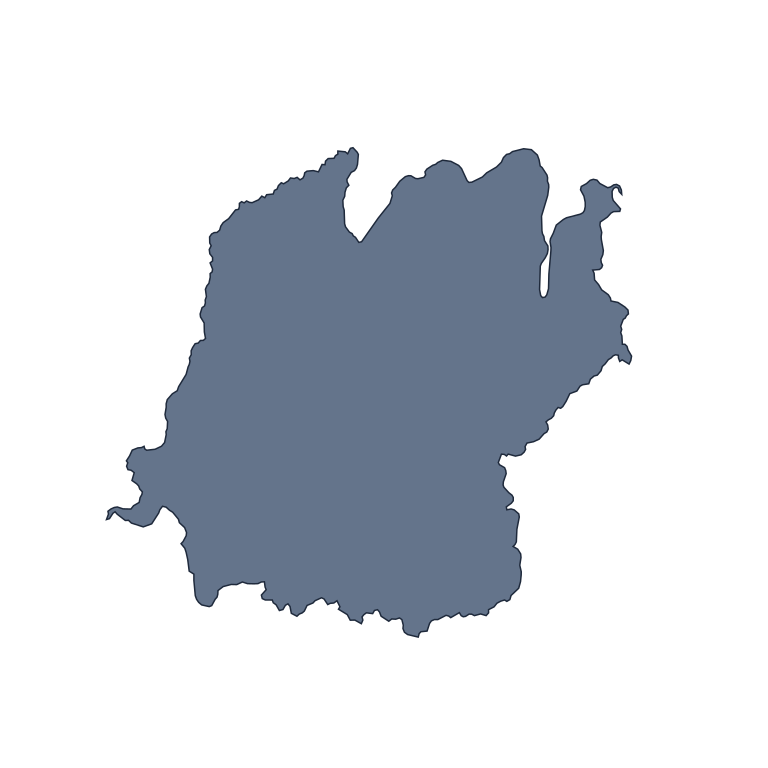 Itamarandiba, Minas Gerais, Brazil, rotated 23°
{"feature_id": "56859067B40667879331711", "entity_name": "Itamarandiba", "entity_type": "district", "adm_level": 2, "iso_a3": "BRA", "parent_name": "Brazil", "parent_adm1": "Minas Gerais", "projection": "natural_earth1", "projection_center": [-42.866, -17.848], "detail": "fine", "context": "isolated", "style": "filled", "palette": "slate", "viewbox_px": 768, "rotation_deg": 23, "n_neighbors": 0, "source": "geoboundaries", "source_scale": "gbopen_adm2", "svg_char_len": 6170}
<svg xmlns="http://www.w3.org/2000/svg" viewBox="0 0 768 768"><g transform="rotate(23 384 384)"><path d="M592.2,271.1L593.8,268.7L601.8,269.9L602.0,266.0L601.0,261.6L595.3,257.3L593.0,254.4L590.2,253.3L587.9,254.3L584.2,246.8L581.8,244.2L581.5,240.9L579.3,238.3L579.0,231.0L580.3,229.1L580.5,226.4L581.6,224.0L579.7,220.6L575.7,219.0L567.5,217.5L560.5,218.9L558.8,216.4L555.6,214.2L547.6,212.3L542.6,208.6L537.2,205.9L534.1,199.9L531.6,197.6L537.6,194.4L538.9,191.9L538.8,189.3L536.6,187.4L534.9,184.5L534.9,179.4L533.8,175.5L527.7,166.2L526.3,163.5L525.2,159.4L520.7,153.5L519.8,150.4L524.4,143.1L526.2,137.9L528.0,135.6L533.6,133.0L533.3,130.4L523.3,125.5L521.2,123.0L518.7,117.6L518.9,114.3L520.6,112.2L523.1,112.2L525.3,115.0L528.7,116.5L526.7,112.7L523.5,109.7L520.1,109.4L517.7,110.9L515.6,114.1L513.2,115.9L504.3,115.1L500.4,113.1L496.7,113.8L494.2,115.9L492.1,120.4L488.4,125.1L489.0,128.4L494.7,133.0L498.2,138.1L499.9,142.0L500.7,146.0L500.2,148.6L498.4,150.9L487.0,159.7L484.8,162.5L480.5,170.4L480.9,179.1L480.5,185.2L481.2,188.0L484.4,193.1L485.6,196.2L492.8,218.3L498.2,232.0L499.0,238.3L498.3,241.1L496.1,242.5L493.7,241.4L490.3,236.3L481.8,214.4L481.7,211.5L483.1,204.8L483.4,200.1L482.5,196.2L480.9,192.9L475.7,189.3L473.5,185.7L471.2,183.8L469.5,181.2L463.4,167.9L461.0,146.4L458.8,138.5L457.6,136.0L455.2,133.5L454.0,130.2L452.4,128.0L445.0,123.0L442.6,122.3L439.2,117.1L435.7,113.3L428.1,110.7L420.6,112.9L411.4,119.9L409.7,122.9L407.1,124.8L405.5,128.9L405.4,134.0L402.8,140.3L396.0,149.5L393.7,155.0L386.0,163.9L383.3,165.3L381.0,164.3L371.2,155.4L367.3,153.6L358.6,152.9L350.5,155.1L346.9,159.1L345.7,161.6L343.4,163.6L339.5,169.4L338.8,172.7L340.6,175.3L340.0,178.2L335.0,181.8L332.7,182.5L327.4,181.8L325.1,182.7L322.6,184.8L319.3,191.2L317.7,198.4L316.2,202.0L316.3,205.2L318.1,207.5L318.9,215.5L313.9,233.3L307.8,261.8L305.5,263.5L300.4,260.1L297.9,259.7L295.9,258.0L292.8,257.7L287.2,254.4L285.1,251.8L279.4,239.5L277.1,236.7L274.3,230.9L274.5,226.6L273.2,222.8L272.7,218.2L274.0,214.8L271.1,212.4L269.9,210.1L271.1,202.0L273.5,199.1L274.2,196.0L273.8,192.2L270.7,182.7L268.7,181.1L263.1,178.6L261.0,180.2L260.6,186.3L257.6,185.4L250.5,187.6L251.7,190.5L250.1,192.7L249.8,195.8L244.5,198.3L243.1,201.7L244.0,205.2L241.2,206.1L240.8,214.3L235.5,215.2L229.9,218.2L228.5,220.6L229.1,223.4L228.9,226.2L226.9,228.9L223.3,227.7L221.1,229.9L217.4,230.9L216.5,234.5L213.4,238.9L210.8,238.9L209.3,242.6L209.4,246.4L207.5,248.6L207.8,252.4L202.0,255.6L201.5,259.1L198.1,258.8L196.6,263.4L191.8,268.6L189.2,269.4L186.0,269.2L184.5,271.9L181.7,271.8L180.3,274.2L181.6,277.4L181.9,280.0L179.3,281.8L176.4,292.5L172.9,298.3L172.1,302.4L172.6,306.6L171.1,309.7L168.5,311.0L166.7,313.3L166.0,316.8L168.5,322.3L170.9,324.3L170.6,328.5L172.8,332.2L176.7,334.4L178.1,337.7L176.6,340.5L181.3,345.2L182.0,347.9L180.8,350.3L182.3,353.6L183.5,359.7L182.6,362.9L182.6,366.6L186.4,373.0L186.6,376.6L187.9,379.2L188.3,382.3L186.7,384.8L187.4,391.4L188.9,394.0L194.6,398.1L198.3,406.3L201.9,411.8L200.7,414.4L198.0,415.7L197.0,418.9L194.4,420.7L193.6,425.2L193.5,428.8L195.1,432.3L194.7,436.2L196.5,438.9L197.1,442.0L197.0,444.8L198.1,452.5L196.0,466.6L196.3,471.0L193.0,475.7L190.6,483.0L191.2,487.3L192.6,490.5L194.3,497.6L196.4,500.7L199.4,503.0L201.9,509.8L201.9,513.1L203.3,515.7L204.9,523.6L203.5,528.2L198.8,533.5L191.4,537.7L189.1,537.2L187.5,535.1L185.6,537.3L182.4,539.0L178.1,543.2L177.9,549.6L176.9,555.4L178.9,556.6L179.2,560.3L181.8,562.9L184.8,562.2L188.7,563.2L189.7,571.3L195.3,572.5L198.0,573.7L200.2,576.1L203.7,577.7L204.3,580.2L203.9,584.0L204.9,588.7L201.0,593.9L199.9,598.0L192.6,600.9L186.6,601.4L183.9,603.1L181.5,605.7L179.6,609.0L181.2,611.4L181.5,617.2L183.9,615.2L185.0,608.9L186.4,606.7L189.3,608.1L199.2,610.7L202.1,609.3L205.8,610.7L218.2,609.6L224.8,603.5L227.0,590.8L226.8,587.3L227.9,583.1L231.6,582.5L235.8,584.0L239.6,584.6L247.6,588.8L249.8,591.6L256.6,594.1L260.3,597.9L261.2,600.9L260.6,607.5L259.6,610.3L264.8,613.0L267.6,616.2L272.0,622.4L277.8,632.4L283.3,633.3L285.8,639.2L293.0,652.6L295.6,655.4L298.7,657.4L302.5,658.6L310.1,657.2L312.0,655.3L312.7,648.1L313.6,645.5L313.2,642.6L311.9,639.0L315.1,633.3L321.7,628.2L326.8,626.2L331.0,621.6L336.4,621.1L342.4,618.7L346.0,617.0L348.4,614.2L351.2,612.8L353.9,617.4L355.9,619.4L353.6,626.2L355.8,629.1L359.1,629.2L365.6,626.5L367.5,628.6L371.0,629.4L376.2,633.4L379.1,631.1L379.7,626.2L381.5,623.9L384.4,625.5L388.3,631.3L394.6,631.8L395.9,628.9L398.2,626.6L399.4,624.1L399.7,617.9L404.2,613.3L405.2,610.4L410.0,605.2L412.8,605.3L418.4,609.0L420.2,606.9L423.4,605.2L425.4,601.9L430.5,606.3L430.1,609.1L440.3,610.6L445.2,614.6L449.4,612.7L456.8,613.5L456.8,609.6L454.8,607.0L455.6,604.2L457.2,601.5L463.3,599.8L463.7,596.2L466.2,594.3L468.9,595.6L472.1,598.9L481.1,600.5L482.9,597.3L486.7,595.9L489.7,593.3L492.5,593.9L496.0,598.5L497.0,601.7L499.8,604.5L503.6,605.4L514.4,603.6L513.9,600.0L514.8,597.6L520.2,594.6L519.5,586.6L520.2,583.5L522.5,581.1L525.6,579.8L531.5,572.7L534.2,572.3L536.7,573.0L542.7,565.0L545.6,567.1L547.9,567.3L549.9,566.0L552.2,562.6L554.7,561.6L557.7,561.9L562.8,557.9L568.5,557.3L569.7,553.8L568.4,550.9L572.4,546.1L573.6,541.7L576.3,538.3L579.4,535.7L582.0,536.1L584.1,533.3L583.6,529.0L587.8,519.4L586.9,512.6L584.9,506.2L583.7,503.2L579.8,497.8L577.9,490.2L576.2,487.0L571.6,483.8L566.3,483.1L567.3,480.6L567.5,477.6L563.1,465.8L560.5,453.6L558.8,450.9L553.0,449.0L549.8,449.4L546.2,451.8L544.6,449.3L547.8,444.0L548.6,441.0L547.3,437.9L545.2,436.3L541.4,435.3L534.7,432.2L533.1,430.4L532.1,427.4L531.5,418.8L529.9,416.1L527.7,413.9L521.8,413.2L519.9,411.6L519.5,402.7L522.3,401.8L524.9,402.4L525.7,400.0L533.2,399.0L538.0,395.5L539.6,392.0L539.9,388.9L538.3,386.5L538.7,382.5L544.2,378.7L548.4,374.1L550.7,367.2L552.6,364.6L552.8,361.3L550.7,357.8L547.9,355.6L549.3,352.8L551.4,350.2L552.6,346.9L552.1,344.2L552.4,340.9L553.4,337.6L556.1,337.3L557.4,334.9L558.4,328.8L558.8,320.3L564.3,315.1L565.3,309.4L567.1,307.1L572.4,303.8L572.1,298.9L574.2,294.6L576.9,292.5L578.6,287.0L578.1,282.6L579.7,279.1L581.0,273.9L582.9,271.2L584.0,268.4L585.8,266.6L588.5,266.0L589.6,268.4L592.2,271.1Z" fill="#64748b" stroke="#1e293b" stroke-width="1.5"/></g></svg>